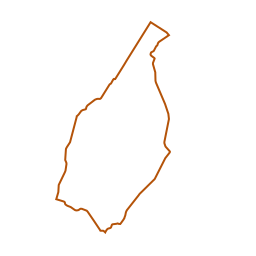 the border of Tahoua, rotated 32°
{"feature_id": "NER-95", "entity_name": "Tahoua", "entity_type": "Department", "adm_level": 1, "iso_a3": "NER", "parent_name": "Niger", "parent_adm1": "", "projection": "robinson", "projection_center": [5.147, 16.143], "detail": "fine", "context": "isolated", "style": "outline", "palette": "amber", "viewbox_px": 256, "rotation_deg": 32, "n_neighbors": 0, "source": "natural_earth", "source_scale": "10m", "svg_char_len": 2188}
<svg xmlns="http://www.w3.org/2000/svg" viewBox="0 0 256 256"><g transform="rotate(32 128 128)"><path d="M158.9,229.7L158.7,229.6L158.5,229.4L158.1,229.2L148.1,224.7L138.0,220.3L136.8,220.0L131.6,221.0L130.6,221.6L130.2,222.2L129.6,223.7L129.1,224.3L128.0,225.2L127.6,225.4L126.4,225.7L121.3,225.4L117.7,226.1L115.6,226.0L114.8,225.6L114.0,224.7L113.2,224.3L112.0,224.5L104.9,226.4L102.9,219.3L99.5,213.1L99.4,212.6L97.9,198.9L97.6,197.3L94.9,191.1L94.1,190.1L91.7,188.4L86.7,179.1L86.4,178.3L86.3,176.5L86.4,170.8L78.6,145.7L78.3,145.2L78.7,144.0L79.0,142.4L79.3,138.4L79.6,137.7L80.1,136.8L82.2,134.5L82.2,134.4L82.2,134.2L82.2,133.9L81.7,132.6L81.6,131.4L81.7,130.3L84.9,121.7L85.5,120.8L86.1,120.0L87.0,119.2L88.5,118.4L89.0,117.9L89.3,116.9L89.3,112.4L89.3,108.9L89.3,103.5L89.3,100.9L89.4,100.5L89.8,99.7L90.0,99.3L89.8,95.3L89.8,94.6L90.0,93.9L90.3,93.7L90.7,93.7L91.2,93.3L91.2,89.1L91.2,86.5L91.2,81.5L91.2,76.4L91.1,71.4L91.1,66.4L91.1,61.4L91.1,56.3L91.1,53.5L91.1,51.3L91.1,46.3L91.1,41.2L91.1,36.2L91.1,31.2L91.1,26.3L91.6,26.3L110.1,26.5L113.5,27.6L108.8,38.2L108.5,39.2L108.5,39.4L108.5,39.7L108.5,40.2L108.7,41.1L108.9,41.7L109.0,42.2L109.0,42.4L109.0,42.7L108.9,42.9L108.6,43.7L108.6,44.0L109.0,48.8L108.9,49.3L107.8,51.2L107.6,51.6L107.6,52.1L107.7,52.4L107.8,52.8L107.9,53.2L108.3,53.9L108.9,54.2L109.5,54.4L113.2,54.7L113.7,54.9L113.9,55.5L114.7,59.6L115.0,60.1L115.4,60.7L121.6,66.3L126.3,73.4L127.1,74.2L127.8,74.8L146.7,88.0L154.7,94.6L157.8,98.5L158.0,98.8L165.8,119.4L165.9,119.8L166.5,121.0L166.7,121.3L166.9,121.6L169.3,123.6L169.8,123.9L170.1,124.0L175.6,125.6L176.2,126.0L176.3,126.6L176.3,127.2L175.6,133.8L177.7,157.1L172.8,177.6L172.7,178.4L172.7,179.1L170.6,198.3L170.7,199.5L170.9,200.6L172.0,203.5L172.1,204.0L172.3,204.9L172.5,206.0L172.7,206.4L172.7,208.4L172.4,212.7L172.3,213.5L172.1,213.6L171.6,213.9L171.3,214.1L170.1,214.4L169.9,214.4L169.8,214.5L169.6,214.6L169.2,215.1L168.8,215.5L166.6,217.3L166.0,217.8L165.7,218.3L165.7,218.9L166.2,221.0L166.2,221.7L165.8,222.4L164.6,223.7L164.2,224.3L164.0,225.0L163.9,225.7L163.9,228.0L164.0,228.6L162.0,228.2L161.4,228.3L159.3,229.6L158.9,229.7Z" fill="none" stroke="#b45309" stroke-width="2"/></g></svg>